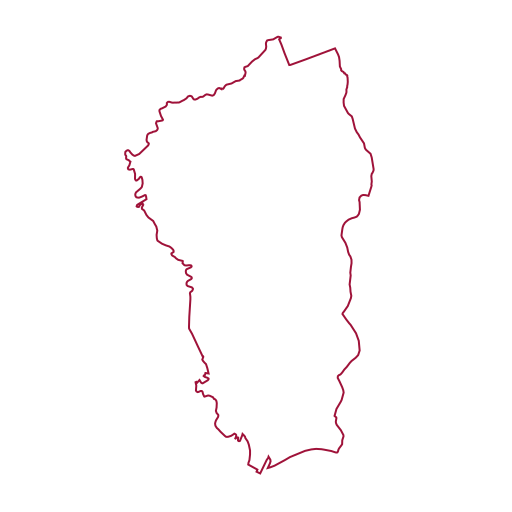 Nobsa, Boyacá, Colombia (Mercator projection), rotated 86°
{"feature_id": "7082276B57023336405526", "entity_name": "Nobsa", "entity_type": "district", "adm_level": 2, "iso_a3": "COL", "parent_name": "Colombia", "parent_adm1": "Boyacá", "projection": "mercator", "projection_center": [-72.932, 5.776], "detail": "fine", "context": "isolated", "style": "outline", "palette": "rose", "viewbox_px": 512, "rotation_deg": 86, "n_neighbors": 0, "source": "geoboundaries", "source_scale": "gbopen_adm2", "svg_char_len": 6058}
<svg xmlns="http://www.w3.org/2000/svg" viewBox="0 0 512 512"><g transform="rotate(86 256 256)"><path d="M383.3,183.0L381.6,182.7L380.7,181.7L380.1,180.1L379.5,179.4L378.2,178.1L375.4,175.8L373.0,173.2L369.2,169.9L367.4,168.0L364.5,163.7L362.0,161.0L357.5,159.2L347.8,159.4L340.1,161.6L331.3,166.4L329.5,167.8L325.6,170.4L319.9,173.8L318.9,173.4L317.5,172.1L312.3,167.9L304.7,164.3L302.4,163.7L298.3,164.2L294.2,164.2L290.9,164.6L282.0,162.9L279.2,163.1L273.3,162.0L269.9,161.2L266.4,161.0L263.0,161.9L261.2,163.0L258.4,163.8L253.9,164.4L249.1,165.9L243.2,169.0L241.4,169.3L235.2,168.0L233.3,167.5L231.3,166.6L229.1,165.0L227.9,163.6L226.2,161.1L225.0,157.8L224.5,155.1L223.8,152.8L222.7,151.6L221.2,150.4L217.1,149.1L209.5,148.9L207.4,149.3L204.8,148.6L203.1,146.7L202.6,144.9L202.9,142.6L203.8,139.6L194.9,136.1L193.5,135.7L192.6,135.9L189.8,135.3L184.3,135.4L181.9,134.7L181.2,134.0L178.9,132.8L177.6,132.6L165.8,133.7L162.0,134.6L157.9,138.7L156.5,139.6L155.5,139.9L151.2,140.4L144.9,144.0L141.9,145.3L139.6,146.8L138.4,147.3L135.7,148.4L126.0,150.0L123.4,150.7L120.8,153.5L119.8,154.3L112.4,157.7L109.0,157.9L105.5,157.6L102.1,155.7L99.5,154.5L98.5,154.3L96.2,154.2L93.8,153.2L92.9,153.2L91.2,152.7L88.7,152.3L84.4,152.2L83.4,152.5L82.7,152.3L82.3,152.4L81.9,152.6L81.2,153.9L80.2,154.3L79.9,154.6L79.9,155.2L78.5,155.9L77.5,157.5L76.7,158.1L75.6,158.0L72.8,159.1L67.1,159.0L63.3,159.3L60.6,160.1L54.4,162.7L63.4,192.9L67.8,208.4L67.8,209.5L55.6,213.4L46.9,215.9L41.5,217.8L41.0,217.4L40.5,216.1L39.8,216.0L38.9,218.1L38.8,218.8L39.2,219.9L41.1,223.7L41.5,228.7L41.8,229.9L43.6,231.0L44.9,231.3L47.9,231.2L49.7,231.6L51.0,232.2L58.1,239.7L58.7,240.7L59.6,243.2L61.7,246.3L66.0,251.0L66.6,253.5L67.0,254.4L68.6,254.8L69.5,254.6L71.1,253.7L72.4,253.6L75.4,254.5L75.2,255.0L77.5,256.3L78.1,257.0L79.4,259.7L79.8,260.1L80.1,264.0L82.2,268.4L83.0,273.3L83.5,274.2L84.6,275.4L86.3,276.5L86.9,277.1L86.5,278.8L87.1,278.9L85.9,280.9L86.0,282.0L87.1,283.6L87.9,284.3L90.8,285.6L92.3,286.7L93.0,288.1L92.9,288.8L91.6,292.5L91.3,293.9L91.7,295.2L93.3,297.6L93.5,298.6L93.4,300.3L93.9,301.7L95.0,303.4L95.7,305.5L95.6,306.5L95.4,307.1L94.8,307.6L92.4,308.9L91.8,309.9L91.6,311.0L92.1,312.7L93.9,314.4L95.5,317.2L95.9,318.4L97.4,321.7L97.5,322.6L97.2,328.9L96.1,331.8L96.1,332.9L96.4,333.5L97.2,334.3L98.5,334.3L99.2,334.5L100.6,335.7L102.3,339.8L102.5,340.8L103.5,342.0L104.1,342.2L105.0,342.2L109.7,341.0L113.5,339.3L114.1,339.6L114.3,340.1L114.8,344.3L114.6,345.4L114.8,345.7L116.6,346.5L121.6,345.1L122.3,345.2L122.9,345.5L123.5,345.9L124.5,347.3L125.0,350.4L125.5,351.2L125.8,353.0L126.6,354.9L127.4,355.7L128.4,356.2L132.6,357.1L134.0,356.9L134.8,356.5L135.9,355.3L136.3,355.1L136.9,355.2L138.1,355.8L146.1,365.4L147.7,369.8L147.3,370.9L146.2,372.3L143.9,374.1L142.3,375.0L141.5,376.3L141.6,377.0L142.1,378.0L143.1,379.1L145.3,379.4L146.0,379.3L146.8,378.7L147.4,378.5L149.4,378.8L150.4,378.5L151.6,376.2L152.4,375.6L153.1,374.7L156.7,376.0L158.6,377.4L159.3,377.7L160.3,377.5L160.7,377.2L161.1,375.8L160.6,372.9L160.7,372.3L161.1,371.9L165.7,370.9L170.5,371.3L171.4,371.1L172.4,370.3L172.2,369.4L170.7,367.3L169.4,366.4L168.9,365.4L169.1,364.9L169.4,364.6L171.1,364.2L172.2,364.0L175.7,364.0L179.0,365.0L179.7,365.5L180.8,366.7L184.1,371.2L185.3,371.9L186.6,372.2L188.1,371.9L189.1,371.2L189.6,369.4L189.6,368.3L188.7,365.4L187.5,362.6L187.6,361.9L188.8,361.5L191.7,361.3L196.5,370.6L197.0,371.2L198.2,371.6L198.7,371.0L198.9,369.5L194.7,366.4L195.6,365.5L196.3,366.2L197.2,365.0L199.7,366.5L201.0,366.5L202.8,364.4L207.5,362.4L210.1,360.6L213.9,356.1L216.9,354.8L219.7,353.4L223.8,352.7L228.0,353.7L231.3,353.7L233.2,353.4L233.9,353.1L237.2,348.9L239.1,345.2L240.5,341.7L242.0,339.9L244.0,338.2L245.3,337.8L246.3,338.0L247.5,340.2L248.0,340.3L249.3,339.8L249.8,339.4L251.4,337.0L252.7,336.0L254.4,333.9L255.8,329.5L256.4,329.4L258.1,329.8L260.0,328.2L260.4,327.5L260.6,326.1L260.5,323.4L260.7,321.9L260.8,321.5L261.2,321.1L262.1,321.0L262.8,321.8L264.3,326.0L264.7,326.5L265.5,326.9L266.5,327.1L268.2,327.0L269.8,326.1L272.1,322.4L272.6,321.8L273.3,321.6L273.9,321.7L274.5,322.3L276.2,325.8L277.0,326.6L277.9,327.1L279.0,327.3L280.1,327.2L281.2,326.3L282.8,322.2L284.1,321.2L284.9,321.3L286.3,322.1L287.6,324.1L288.5,324.5L292.1,324.3L294.8,324.5L312.1,326.8L322.2,327.8L323.8,327.8L329.2,325.2L341.5,320.5L352.5,316.2L352.4,315.8L352.9,315.6L355.6,316.8L356.9,316.2L358.8,314.8L360.4,313.4L364.4,312.4L369.9,311.5L369.2,314.6L371.1,315.2L371.6,316.4L372.1,316.6L373.1,315.4L374.1,313.0L374.9,311.9L375.2,311.8L375.8,312.0L376.6,312.8L379.3,318.1L379.1,318.8L378.5,319.6L375.8,321.0L378.4,323.7L377.4,324.3L377.7,325.1L381.2,324.6L386.0,325.3L387.0,324.8L387.7,323.8L387.6,322.9L386.8,320.7L386.9,319.5L387.8,318.8L389.8,318.5L392.5,317.5L392.7,317.2L391.8,313.5L392.2,311.9L393.9,308.8L395.6,307.9L395.6,307.5L396.3,306.6L397.4,305.8L398.8,305.5L400.2,305.4L404.4,305.9L407.7,306.8L410.0,306.2L411.7,304.8L412.7,304.7L414.0,305.1L417.2,307.4L418.9,308.1L420.2,308.5L422.0,308.4L423.0,308.1L424.9,307.0L426.3,305.6L428.8,303.7L433.4,299.5L434.2,298.6L434.4,297.7L434.4,296.4L433.7,293.5L432.9,291.9L431.7,290.0L432.4,288.8L433.1,288.3L434.3,288.3L437.3,289.7L436.4,288.9L435.6,287.6L435.8,286.6L436.1,286.4L437.7,286.8L438.8,286.8L439.4,286.3L439.5,285.4L439.3,284.9L434.0,282.3L432.8,281.9L433.6,281.4L433.4,281.1L435.4,279.6L436.9,279.3L440.3,277.3L441.3,277.0L443.8,276.3L449.6,275.5L453.7,275.8L459.2,276.8L461.7,277.9L463.5,278.3L469.2,269.5L471.2,270.5L473.2,267.0L460.1,259.5L458.0,257.7L457.9,257.8L457.1,257.5L460.2,255.9L461.8,255.8L463.9,256.6L468.3,259.0L467.8,256.5L466.5,252.2L461.6,241.4L458.9,236.0L453.8,220.6L452.8,214.2L452.6,209.5L453.3,204.2L453.9,201.7L455.8,194.5L457.5,190.3L457.7,189.2L457.6,188.5L456.5,187.8L455.0,187.3L453.8,186.6L450.3,183.6L449.7,183.2L445.8,182.8L442.1,181.3L440.7,181.3L435.7,183.5L430.0,187.3L428.0,187.9L426.6,187.9L423.3,187.1L422.6,187.2L421.0,188.8L414.2,186.4L407.1,181.5L405.5,180.6L398.4,178.1L396.0,178.3L392.8,179.2L386.5,181.6L383.3,183.0Z" fill="none" stroke="#9f1239" stroke-width="2"/></g></svg>